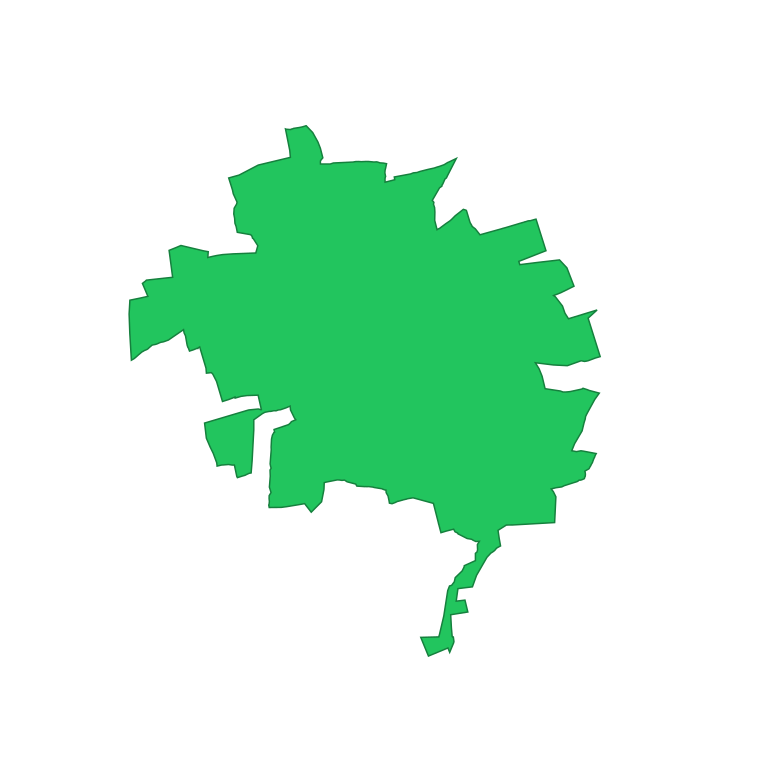 Sotuta, Yucatán, Mexico (Natural Earth projection), rotated 248°
{"feature_id": "50627088B40990940579560", "entity_name": "Sotuta", "entity_type": "district", "adm_level": 2, "iso_a3": "MEX", "parent_name": "Mexico", "parent_adm1": "Yucatán", "projection": "natural_earth1", "projection_center": [-88.999, 20.615], "detail": "fine", "context": "isolated", "style": "filled", "palette": "green", "viewbox_px": 768, "rotation_deg": 248, "n_neighbors": 0, "source": "geoboundaries", "source_scale": "gbopen_adm2", "svg_char_len": 6147}
<svg xmlns="http://www.w3.org/2000/svg" viewBox="0 0 768 768"><g transform="rotate(248 384 384)"><path d="M567.8,197.7L562.1,197.8L553.7,197.9L555.1,189.6L556.9,179.8L544.4,173.9L526.5,167.4L500.7,158.7L501.1,161.7L501.4,162.7L501.7,163.7L502.5,165.9L502.7,166.5L503.0,167.2L503.2,167.8L503.4,168.5L504.4,171.5L504.5,172.7L504.6,173.2L504.8,174.5L504.8,175.5L504.8,176.3L504.8,176.9L505.0,178.2L505.8,180.2L506.0,180.8L506.4,182.1L506.9,183.3L506.8,184.6L506.6,185.4L506.3,187.1L506.2,188.8L506.2,189.5L506.3,191.2L506.3,192.0L506.2,193.3L505.9,194.3L505.7,195.6L505.6,198.3L505.5,200.6L506.5,205.0L509.5,218.5L506.2,217.8L503.0,218.0L495.1,216.3L493.5,216.0L491.5,215.9L490.5,216.1L487.4,216.0L487.1,220.2L487.1,220.9L487.1,224.1L486.6,224.7L487.2,225.5L487.4,227.0L465.4,224.9L460.6,223.4L459.2,228.2L457.2,229.0L449.1,229.7L428.3,227.7L427.8,233.9L427.7,238.4L427.8,241.0L426.7,240.7L426.1,246.8L424.6,252.7L420.8,263.1L406.2,260.7L406.2,260.4L407.9,258.1L410.6,248.9L410.8,247.1L415.0,203.0L407.6,201.0L400.3,199.0L390.6,199.2L383.7,199.7L373.6,199.4L370.4,198.5L369.7,203.1L369.3,204.2L367.6,209.7L365.7,212.9L364.9,214.9L363.6,214.7L353.5,212.9L352.1,213.0L351.7,218.3L351.4,220.9L351.6,223.1L351.7,225.5L351.3,227.5L362.3,233.0L390.3,246.1L399.7,249.9L399.8,250.7L402.1,260.2L402.4,263.0L401.6,267.2L401.0,268.9L400.5,271.9L399.6,273.9L399.5,276.3L398.9,278.5L398.6,284.2L398.7,288.7L394.9,287.6L386.2,288.2L383.9,288.8L383.8,284.5L383.7,283.8L383.1,283.0L382.1,280.3L383.0,265.0L380.3,264.5L380.2,263.7L378.4,261.4L375.1,259.1L367.8,255.7L365.5,254.9L352.6,248.5L350.1,248.0L348.2,247.8L346.9,246.1L341.1,244.0L331.3,239.1L325.7,238.6L323.5,235.7L320.7,234.5L318.0,233.7L315.9,232.6L314.9,231.8L312.5,231.3L308.1,242.5L306.7,247.9L304.1,259.5L302.8,265.6L292.4,268.5L298.2,282.0L308.2,288.5L309.1,289.0L314.9,291.6L314.8,293.1L312.6,304.7L311.8,306.5L310.4,308.9L309.7,311.4L307.2,313.1L301.8,320.3L301.0,320.5L300.4,320.4L299.5,320.6L296.0,327.8L295.8,328.5L295.5,329.1L294.5,331.6L292.5,335.2L291.8,336.0L287.6,342.9L286.8,343.6L285.3,345.3L284.9,346.1L282.4,345.3L281.8,345.4L281.5,345.4L278.7,345.8L274.2,345.0L271.5,344.4L270.0,346.6L269.9,349.8L270.1,352.7L269.9,353.5L269.4,357.9L269.4,358.3L268.8,362.1L268.9,362.4L267.6,368.3L254.8,385.1L235.5,382.5L233.8,382.2L233.5,382.2L233.3,382.2L224.8,381.1L224.3,386.7L223.3,394.2L220.4,394.5L218.3,396.4L217.3,396.5L209.6,403.2L207.2,407.1L206.0,407.9L203.6,410.1L202.4,413.5L200.1,410.4L195.1,408.6L193.4,407.3L193.0,406.0L192.7,405.3L186.0,402.6L185.5,390.4L184.3,389.7L181.4,386.4L177.8,377.5L174.3,375.1L172.0,371.3L172.2,369.1L168.6,365.7L146.6,352.6L130.7,341.4L129.0,340.0L135.3,323.2L130.5,323.2L115.1,323.3L115.3,344.4L110.6,344.4L117.9,351.6L119.1,352.4L123.4,353.5L123.5,352.9L124.6,352.7L132.8,355.2L145.1,359.4L141.2,376.3L153.3,378.1L155.6,369.6L166.6,375.9L162.8,390.0L171.9,398.1L184.8,414.6L185.1,415.4L185.5,416.1L186.2,417.7L186.4,418.1L187.1,419.5L187.3,420.4L187.4,421.1L187.6,421.9L187.7,422.6L187.9,423.3L188.3,424.4L188.8,425.5L189.3,426.1L189.8,427.7L190.2,431.4L197.4,432.9L205.6,434.9L207.4,444.6L205.1,450.5L191.6,490.3L215.0,501.1L220.7,500.7L224.1,499.7L223.4,504.6L222.0,510.3L222.2,513.0L221.5,522.5L221.2,526.0L221.2,526.9L221.4,527.9L221.8,528.9L221.2,530.3L221.1,531.7L221.1,532.5L221.2,534.3L221.8,534.8L222.4,535.2L222.8,535.8L224.3,536.7L225.7,537.2L227.0,537.5L227.7,537.4L228.0,537.7L228.5,541.5L228.6,542.3L230.2,544.2L230.8,545.1L231.8,546.1L232.6,547.2L233.0,547.7L233.5,548.2L234.6,549.1L235.2,549.7L235.9,550.3L236.9,551.4L237.3,551.9L238.5,552.9L240.0,554.7L247.0,543.8L248.3,541.6L249.2,537.1L251.8,533.1L257.3,538.4L266.3,550.1L273.3,555.1L276.2,557.5L278.2,558.6L279.7,560.2L281.4,562.2L290.7,573.6L294.9,580.2L301.2,571.8L302.4,570.6L302.5,570.5L305.5,566.9L305.2,565.5L307.2,553.9L307.9,551.4L308.5,549.5L309.5,547.0L311.5,544.8L319.3,531.6L332.0,533.5L339.9,533.5L347.0,532.3L338.2,548.2L332.3,560.9L331.7,575.5L329.8,578.4L329.3,580.7L329.1,582.1L328.9,589.8L328.4,594.7L368.6,597.9L372.8,609.3L375.2,581.9L375.4,579.5L381.9,578.3L389.4,578.7L400.5,575.6L402.5,574.4L402.4,579.1L402.4,582.1L403.5,596.8L423.2,597.1L433.3,593.2L439.3,571.5L443.8,554.6L444.8,554.7L447.2,554.9L446.9,584.1L479.9,586.7L480.1,585.4L480.5,581.6L480.6,580.6L481.0,579.7L481.3,578.5L481.4,576.4L481.6,575.4L481.6,574.4L481.7,573.6L481.8,572.6L482.1,569.8L482.3,567.5L482.4,566.4L482.8,562.2L483.1,558.9L483.5,554.8L483.8,552.5L483.9,551.0L484.1,549.2L486.4,528.9L493.6,526.8L497.2,524.7L498.0,524.8L501.3,524.3L503.0,524.4L513.7,525.4L514.4,525.2L516.2,523.0L513.3,513.0L511.2,508.1L510.5,506.0L509.5,501.4L509.1,499.9L508.0,495.7L507.5,493.9L507.4,491.7L507.2,491.0L516.7,492.3L524.4,495.6L528.6,497.0L532.0,497.2L533.8,498.3L536.1,497.5L545.1,509.0L545.7,511.7L547.1,512.7L547.3,513.3L551.2,517.3L551.7,519.1L553.2,520.7L566.0,535.5L565.7,530.4L565.5,527.1L565.5,525.9L564.8,521.9L565.0,516.9L565.3,514.0L565.4,511.6L566.2,506.9L566.5,505.1L567.6,496.9L567.7,494.2L567.9,493.2L568.3,492.0L568.5,491.2L568.8,490.2L568.8,488.1L568.8,487.4L570.3,480.0L572.1,471.1L569.4,470.5L569.7,467.9L570.7,460.6L573.9,461.8L574.3,462.1L575.1,462.5L575.7,463.2L579.4,463.9L581.8,465.1L583.3,466.2L587.3,468.9L589.0,466.3L590.6,463.0L591.1,462.5L591.7,461.8L592.1,461.3L592.6,460.6L592.7,460.4L593.6,457.8L596.0,453.2L597.1,450.6L598.6,446.3L599.8,443.8L600.8,441.2L601.4,438.4L607.9,419.8L608.1,416.6L611.8,407.5L613.7,408.2L614.7,408.7L615.5,409.9L615.7,410.3L616.6,412.0L626.3,413.3L633.0,413.4L643.8,412.1L652.6,408.6L652.7,408.2L652.7,407.6L653.0,404.5L653.6,401.3L654.9,395.8L654.8,394.8L655.0,393.9L655.1,393.4L654.8,392.9L656.8,388.9L657.4,388.2L635.8,384.1L629.2,382.1L634.1,349.4L632.0,327.9L633.2,317.2L620.7,316.2L616.8,315.5L607.7,315.9L606.0,314.7L603.1,310.9L597.9,308.4L593.7,307.6L588.8,306.0L585.4,305.9L579.6,304.8L572.4,316.3L570.3,317.0L568.5,316.7L567.6,317.3L559.5,318.8L553.5,314.2L561.2,292.8L564.4,283.0L565.8,277.0L566.5,273.1L567.3,268.0L572.5,270.6L575.1,266.5L588.5,247.6L588.4,242.9L588.4,234.8L581.8,233.1L570.6,230.2L562.1,228.0L564.4,220.0L569.3,202.6L568.7,201.2L567.8,197.7Z" fill="#22c55e" stroke="#15803d" stroke-width="1.5"/></g></svg>